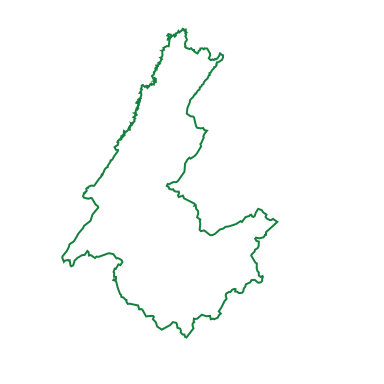 outline of Morona, Morona Santiago, Ecuador, rotated 214°
{"feature_id": "8360857B55598712606622", "entity_name": "Morona", "entity_type": "district", "adm_level": 2, "iso_a3": "ECU", "parent_name": "Ecuador", "parent_adm1": "Morona Santiago", "projection": "equal_earth", "projection_center": [-78.014, -2.429], "detail": "fine", "context": "isolated", "style": "outline", "palette": "green", "viewbox_px": 384, "rotation_deg": 214, "n_neighbors": 0, "source": "geoboundaries", "source_scale": "gbopen_adm2", "svg_char_len": 6049}
<svg xmlns="http://www.w3.org/2000/svg" viewBox="0 0 384 384"><g transform="rotate(214 192 192)"><path d="M104.5,214.9L109.9,215.0L110.6,213.1L111.6,212.3L115.3,211.8L117.1,212.5L117.6,214.9L121.7,214.9L124.1,216.0L127.7,215.0L127.6,210.8L126.6,207.1L127.1,205.6L128.5,205.4L130.2,206.3L131.0,205.4L131.0,204.3L133.6,201.1L133.8,195.0L135.4,195.1L137.5,190.1L142.3,184.0L144.8,181.8L145.6,179.2L147.9,176.5L149.5,170.2L151.1,167.5L152.8,166.4L160.3,167.0L162.8,164.5L164.5,164.9L167.5,170.5L169.4,172.4L169.6,173.8L173.6,173.9L174.8,177.6L176.4,179.7L179.2,180.4L181.5,183.1L182.3,182.2L182.4,183.1L183.3,183.7L195.1,182.3L197.5,183.9L200.2,180.4L201.8,181.4L202.0,183.8L203.2,184.9L205.5,183.3L207.7,183.0L209.1,183.8L210.1,182.7L212.6,181.9L214.0,183.1L216.3,182.9L216.6,185.1L215.4,185.5L213.1,189.7L210.5,191.4L209.8,193.4L209.6,204.6L213.6,211.6L213.9,216.4L213.3,219.0L211.9,218.8L210.0,223.2L209.5,226.4L209.9,234.8L211.9,236.5L211.7,237.9L212.7,243.7L213.7,244.3L214.2,246.9L213.9,251.2L216.3,250.2L218.5,251.3L220.1,249.8L223.7,248.1L225.5,248.9L232.1,255.0L233.4,255.1L235.5,254.0L240.1,254.0L242.7,258.9L243.9,264.8L245.0,267.3L244.2,271.2L244.4,273.5L243.8,274.9L244.3,275.5L243.7,276.2L243.9,279.2L243.0,281.2L244.1,283.1L243.3,284.7L243.6,286.2L242.9,287.9L243.5,289.6L243.4,291.8L242.6,295.0L243.3,298.2L242.7,298.9L244.0,300.4L243.3,301.3L243.5,304.3L243.0,306.8L243.5,307.7L242.6,308.7L242.5,311.0L243.3,311.5L243.8,313.5L242.8,314.2L241.0,318.3L241.5,320.7L242.7,322.7L245.1,322.2L245.7,322.7L246.3,322.6L245.6,319.8L245.8,316.6L246.4,315.3L247.3,315.2L247.7,313.6L249.2,313.4L250.0,311.8L252.8,312.2L253.3,315.3L254.5,316.9L259.6,319.4L261.9,318.1L262.0,316.9L263.5,317.0L265.3,315.7L264.7,313.9L265.4,312.7L264.8,311.0L265.1,309.8L268.8,309.7L269.7,310.9L270.9,310.1L273.2,310.7L274.0,309.1L277.5,308.2L279.0,308.5L279.0,309.4L280.3,310.2L281.4,312.8L281.2,314.7L281.7,315.8L284.6,317.4L284.7,319.0L286.2,319.8L285.9,320.5L286.4,320.3L286.6,321.5L288.0,323.0L288.5,321.4L290.1,322.3L291.0,322.0L290.7,320.5L291.8,317.3L293.2,317.9L293.0,315.8L294.0,314.5L292.9,312.7L293.1,311.5L294.5,312.8L295.0,312.4L295.1,310.8L296.3,309.4L297.5,310.6L299.9,309.7L299.9,308.0L299.2,308.3L297.3,307.2L297.7,305.7L297.3,304.7L296.9,305.0L296.7,308.0L296.0,308.0L296.1,306.3L292.8,299.8L294.5,298.8L296.3,295.4L294.7,294.3L296.0,292.4L295.6,292.5L292.7,288.4L292.6,286.5L293.3,285.7L291.2,285.3L291.5,284.2L291.0,282.5L292.0,280.2L290.5,280.3L291.2,278.2L290.2,276.8L291.4,277.5L292.3,276.9L291.2,276.0L291.5,274.2L290.8,274.2L290.5,275.3L289.8,273.7L290.8,273.4L290.1,271.5L290.6,269.9L289.8,269.5L289.4,268.0L290.1,265.8L287.8,264.6L287.0,265.4L286.7,264.3L285.2,265.4L284.5,264.2L285.4,262.9L283.9,263.6L283.4,262.9L284.6,261.6L283.8,259.8L284.6,259.8L285.3,258.4L286.4,259.1L286.9,258.0L286.6,255.7L288.3,255.0L288.1,254.5L286.9,254.7L287.1,253.3L289.3,254.2L289.8,252.8L292.5,253.2L293.2,252.1L292.1,250.4L292.1,248.9L290.9,248.9L290.7,245.0L289.6,245.8L288.0,243.7L287.5,241.4L286.8,241.0L287.4,239.5L288.0,239.6L288.3,238.2L287.3,237.4L286.4,238.9L285.7,237.6L286.1,236.3L287.1,236.9L287.1,235.5L288.0,235.7L288.0,234.8L285.3,235.5L284.7,234.2L285.2,233.6L284.4,232.6L285.2,231.1L284.6,231.7L283.3,231.2L283.4,230.2L284.2,231.0L284.7,230.5L284.1,230.0L284.4,229.0L283.7,227.1L282.9,226.2L283.8,225.2L282.7,225.3L282.3,224.4L281.8,225.3L281.0,225.0L282.4,221.3L280.3,221.3L280.2,219.4L279.3,218.8L279.4,217.3L280.3,215.8L279.4,215.6L279.4,214.2L280.6,214.4L279.6,213.5L280.3,212.9L280.4,210.8L280.2,209.9L279.6,211.1L279.4,209.9L278.4,209.0L279.5,208.2L280.4,204.7L282.5,204.6L282.0,203.5L281.4,203.5L281.7,202.6L281.0,203.3L280.9,202.5L280.4,202.5L280.3,201.7L281.1,201.7L281.2,200.4L279.9,200.8L280.7,198.0L281.5,198.2L281.2,197.4L280.6,197.5L281.1,196.2L280.3,196.2L280.5,195.3L281.4,194.9L282.0,193.3L281.7,191.7L280.8,192.0L279.8,189.6L281.3,185.9L278.8,184.5L276.8,185.3L276.3,184.3L276.6,178.7L276.2,174.2L277.2,172.6L276.6,172.0L276.5,166.3L275.8,165.7L276.7,164.0L277.0,162.1L275.8,156.0L276.6,156.0L275.9,153.6L276.4,151.2L276.6,142.4L279.1,141.0L280.7,138.5L280.5,137.3L281.2,137.0L281.5,135.6L279.9,134.1L280.8,131.1L280.2,131.2L280.5,129.8L280.0,127.6L278.5,126.9L274.2,128.4L272.6,130.5L271.5,130.8L265.2,127.8L261.9,127.5L261.0,126.6L261.9,117.7L260.0,111.3L262.6,103.5L262.1,101.4L262.9,94.5L262.3,85.3L264.3,80.1L263.4,77.7L262.8,72.9L263.4,66.1L262.6,64.8L259.2,62.5L259.2,63.8L256.8,66.3L256.1,66.0L255.2,67.0L251.5,63.0L250.5,62.9L249.5,64.8L250.9,69.4L250.2,73.1L247.8,78.2L245.8,79.8L245.8,84.6L244.1,84.3L241.9,81.7L240.6,83.1L235.5,83.0L235.0,85.1L233.1,86.1L226.7,94.8L222.4,96.5L217.4,94.7L216.6,95.7L214.2,96.1L212.2,96.1L210.5,95.0L210.5,91.4L212.5,90.9L212.2,85.6L213.2,85.2L212.3,81.8L211.3,81.5L209.3,78.2L207.5,79.1L206.2,76.9L207.9,75.9L207.9,75.0L205.6,75.7L204.2,74.9L200.3,71.3L194.6,67.2L193.3,67.1L191.9,65.5L189.8,66.2L186.7,65.4L185.9,65.8L184.9,64.3L182.6,63.3L181.1,64.6L173.2,67.8L170.1,65.2L168.4,66.7L167.1,66.6L160.5,63.2L155.9,67.0L154.5,67.5L153.7,66.9L153.3,64.7L149.2,63.8L145.6,61.0L140.1,61.0L135.6,69.6L135.1,73.4L132.0,74.7L130.6,74.0L128.2,71.3L125.4,72.1L123.7,70.9L122.9,69.2L120.1,68.6L118.6,69.6L116.7,68.0L115.3,68.2L114.5,79.8L117.0,81.7L117.9,83.4L117.4,85.4L118.4,85.8L119.6,88.1L118.4,88.4L116.8,90.0L115.3,95.7L110.5,97.1L107.8,99.4L105.3,97.0L103.5,98.9L102.5,98.9L100.4,102.1L100.8,104.8L100.1,107.3L103.0,108.0L103.1,113.0L104.0,119.6L103.6,122.8L106.0,124.8L106.8,126.5L106.5,127.6L105.5,129.7L104.2,130.7L104.0,133.5L102.6,135.4L101.6,135.8L100.6,133.7L98.7,134.6L96.7,134.4L94.2,136.3L93.9,138.2L95.1,141.0L94.9,143.2L95.7,145.6L93.2,149.7L93.4,152.2L90.9,154.2L86.4,153.8L84.5,155.5L84.1,157.6L85.2,159.1L85.8,161.3L86.5,161.7L87.6,160.0L89.9,160.1L91.7,162.7L93.4,163.0L95.7,164.9L98.3,169.0L99.9,168.9L107.4,172.4L107.6,173.6L106.8,177.7L107.5,179.4L106.2,182.1L106.4,184.3L108.9,188.3L111.2,187.5L113.5,188.6L113.4,189.9L110.2,191.3L107.5,194.3L107.2,196.1L107.6,197.2L106.7,197.9L108.2,200.0L104.5,214.9Z" fill="none" stroke="#15803d" stroke-width="2"/></g></svg>